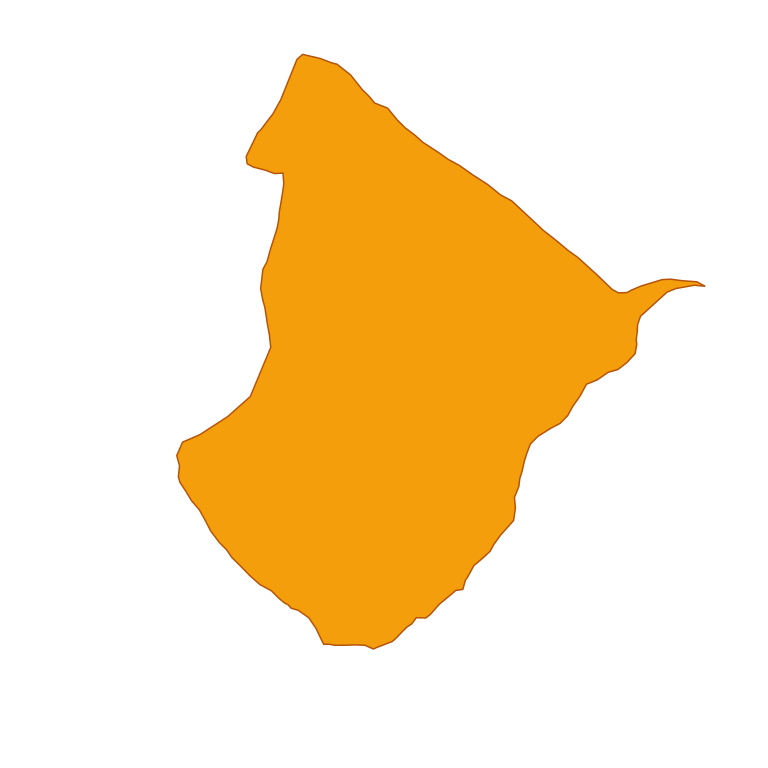 Owan West, Edo, Nigeria (orthographic projection), rotated 209°
{"feature_id": "59680162B12689851933854", "entity_name": "Owan West", "entity_type": "district", "adm_level": 2, "iso_a3": "NGA", "parent_name": "Nigeria", "parent_adm1": "Edo", "projection": "orthographic", "projection_center": [5.884, 6.933], "detail": "fine", "context": "isolated", "style": "filled", "palette": "amber", "viewbox_px": 768, "rotation_deg": 209, "n_neighbors": 0, "source": "geoboundaries", "source_scale": "gbopen_adm2", "svg_char_len": 2247}
<svg xmlns="http://www.w3.org/2000/svg" viewBox="0 0 768 768"><g transform="rotate(209 384 384)"><path d="M614.9,632.9L617.5,625.8L612.1,582.5L612.1,566.3L613.5,557.4L614.9,547.1L616.3,542.6L614.8,516.1L610.4,510.3L603.3,510.4L591.8,513.4L581.7,515.0L574.6,519.5L568.8,510.7L565.9,503.4L562.7,494.4L558.6,482.8L557.8,481.2L555.8,476.9L552.9,468.1L548.5,446.1L545.6,434.3L545.5,425.5L541.2,415.2L538.3,407.9L531.1,399.1L525.3,393.2L515.2,380.1L508.0,371.3L500.8,361.1L495.1,310.3L494.9,308.1L504.8,280.0L520.5,250.4L532.0,235.5L530.8,223.6L530.5,220.8L523.3,213.5L518.9,203.2L516.6,200.9L514.6,198.9L506.0,194.5L495.9,188.7L484.4,184.4L472.9,177.2L464.3,171.4L451.3,165.6L441.3,162.7L432.7,158.4L422.6,155.6L408.2,151.3L395.3,148.4L382.4,148.6L372.3,145.7L371.3,145.5L365.2,144.3L360.9,144.4L356.5,142.9L349.4,144.5L336.5,143.1L325.0,137.3L314.9,130.1L310.5,127.1L305.9,129.8L300.4,131.6L292.2,136.2L287.6,138.9L283.0,141.7L273.9,146.3L264.8,147.1L263.0,149.5L262.0,150.8L251.9,162.8L250.0,168.4L248.1,175.8L246.2,182.3L243.4,187.8L242.4,195.3L234.0,199.6L231.7,205.1L228.8,218.4L226.1,225.3L225.3,227.3L224.6,229.1L223.0,233.1L221.2,238.2L215.5,242.5L217.7,252.1L217.3,255.3L217.3,261.1L217.4,268.5L213.0,280.3L210.1,289.2L210.2,296.5L208.8,308.3L204.5,327.5L208.9,339.2L214.9,348.0L216.4,359.8L219.4,367.2L220.9,374.5L223.9,384.8L225.4,392.2L226.9,402.5L226.7,403.0L226.3,404.7L225.8,406.5L224.0,412.8L216.7,426.1L210.9,435.0L208.0,445.3L208.1,454.1L208.1,455.6L206.7,468.8L206.8,482.1L204.4,484.9L199.5,491.0L193.7,502.8L188.2,508.3L186.9,509.6L186.4,510.2L186.1,510.9L182.0,520.5L179.1,532.3L182.1,541.1L185.1,545.5L188.0,552.9L191.0,558.8L192.5,567.6L181.0,601.5L175.1,608.9L160.5,620.8L150.5,625.2L159.9,625.1L172.8,619.1L184.2,614.6L191.4,610.1L200.0,601.2L207.2,593.7L212.9,586.3L215.7,581.9L222.3,577.8L222.9,577.4L230.1,577.3L251.7,583.0L276.1,588.7L287.6,590.0L301.9,592.8L319.2,595.6L338.2,600.4L361.2,606.1L374.1,605.9L386.1,608.1L389.9,608.7L408.6,610.0L424.0,611.7L436.9,611.6L448.4,612.9L467.1,614.2L477.1,616.5L490.1,618.4L500.2,621.3L514.6,627.0L528.5,625.2L535.7,628.1L545.7,630.9L563.0,638.1L580.2,640.9L586.0,639.4L597.5,637.8L601.2,636.8L610.2,634.2L614.9,632.9Z" fill="#f59e0b" stroke="#b45309" stroke-width="1.5"/></g></svg>